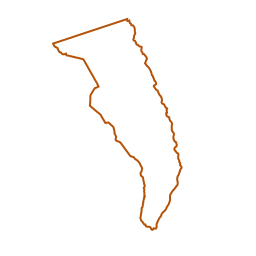 the district of Buriticupu, Maranhão, Brazil, rotated 161°
{"feature_id": "56859067B77921230498574", "entity_name": "Buriticupu", "entity_type": "district", "adm_level": 2, "iso_a3": "BRA", "parent_name": "Brazil", "parent_adm1": "Maranhão", "projection": "natural_earth1", "projection_center": [-46.359, -4.421], "detail": "fine", "context": "isolated", "style": "outline", "palette": "amber", "viewbox_px": 256, "rotation_deg": 161, "n_neighbors": 0, "source": "geoboundaries", "source_scale": "gbopen_adm2", "svg_char_len": 4635}
<svg xmlns="http://www.w3.org/2000/svg" viewBox="0 0 256 256"><g transform="rotate(161 128 128)"><path d="M134.5,23.8L133.9,24.2L133.5,24.7L133.0,25.1L132.9,25.9L132.7,26.8L132.2,27.8L131.5,28.6L130.5,29.8L129.8,30.6L128.6,31.7L128.1,32.2L127.5,32.7L127.0,33.1L126.3,33.4L125.7,33.9L125.1,34.5L124.7,35.1L123.3,36.4L121.5,37.3L120.7,37.5L120.0,37.9L119.4,38.4L118.8,38.6L118.0,39.4L117.6,40.0L117.0,40.6L116.1,41.3L115.5,41.8L114.5,42.5L114.0,43.2L113.4,43.8L113.0,44.5L112.2,45.3L111.4,46.9L111.1,47.8L111.0,48.6L110.6,49.5L110.2,50.4L109.8,51.1L109.2,51.6L108.5,52.2L107.3,53.2L106.5,53.8L105.5,54.5L104.7,54.8L103.8,55.4L103.2,55.8L101.9,56.7L101.2,57.3L100.0,57.8L99.5,58.6L99.0,59.4L98.7,60.3L98.6,61.1L98.4,62.0L98.3,63.3L97.8,64.5L96.9,66.0L96.5,66.4L95.9,66.8L95.3,67.4L94.5,68.4L93.4,69.8L92.9,70.4L92.6,71.0L92.0,71.7L90.6,72.6L90.1,73.6L90.3,74.7L90.8,75.7L90.6,76.7L90.1,77.4L90.2,78.1L90.6,78.9L90.1,80.3L90.5,82.5L90.2,83.7L89.8,84.8L89.3,85.5L89.0,86.2L89.0,87.1L89.2,88.0L89.9,88.6L90.3,89.9L91.0,91.7L91.2,92.6L90.9,93.4L90.1,94.0L89.5,94.5L88.7,94.6L88.2,94.9L87.8,95.4L87.3,96.2L87.4,97.4L87.2,98.4L87.4,99.4L88.2,100.1L88.4,100.9L88.4,102.2L88.4,103.2L88.3,104.0L87.9,105.1L86.9,106.5L86.4,107.5L86.4,108.3L86.7,109.0L87.0,110.0L87.2,110.6L87.3,111.7L87.0,112.5L86.5,114.3L86.0,115.5L85.7,116.4L85.1,117.1L84.9,117.9L85.0,119.1L85.3,119.9L85.7,121.1L85.9,122.2L85.9,123.3L85.6,124.3L85.8,125.1L87.0,126.0L87.5,127.1L87.2,129.5L86.1,129.7L85.7,132.5L84.7,133.3L84.8,134.1L85.2,134.5L85.7,135.0L86.2,138.6L87.0,139.3L87.6,139.9L87.9,140.6L87.9,141.5L87.3,142.3L86.6,143.6L86.6,144.8L86.4,145.7L86.6,146.5L86.7,147.6L87.1,148.2L87.4,148.8L87.6,150.5L87.7,151.2L87.8,152.1L87.7,153.2L87.9,153.9L89.1,155.3L89.3,156.5L89.7,157.5L89.9,158.4L90.0,159.2L89.6,159.7L88.2,159.9L87.3,160.3L86.9,161.2L86.8,162.2L87.0,162.9L87.2,163.6L87.6,164.6L87.6,165.7L87.5,166.5L87.7,167.4L87.8,168.1L87.6,168.8L87.8,169.6L88.2,170.2L88.0,171.7L88.0,173.0L87.9,173.8L88.0,174.9L88.1,175.9L88.5,177.2L88.8,178.5L89.5,180.1L90.1,180.9L90.2,181.8L90.4,182.7L90.9,183.5L89.6,185.0L89.2,185.6L88.8,186.1L87.8,186.9L87.5,187.7L87.5,188.5L87.8,189.6L88.0,190.6L88.4,191.3L88.7,192.4L89.2,193.0L89.8,193.1L89.9,195.1L90.1,195.7L90.3,196.5L90.1,197.5L89.4,198.6L88.9,199.5L88.8,200.3L89.6,200.9L90.5,201.4L91.0,202.0L91.6,203.5L92.5,203.9L92.8,204.6L92.8,205.3L92.7,206.2L92.7,206.9L93.0,208.0L94.1,209.0L94.1,210.1L92.8,211.7L92.3,213.0L91.9,213.6L91.2,214.2L90.6,214.7L90.2,215.5L90.3,216.6L89.7,218.1L89.3,220.0L89.2,221.2L89.7,222.8L90.0,223.5L90.8,223.7L91.4,224.2L91.2,225.2L91.4,225.9L92.0,226.6L92.0,227.7L91.8,229.2L92.8,229.1L93.8,229.5L93.6,230.6L93.3,231.3L140.5,231.9L171.3,232.2L171.3,231.2L170.8,228.8L170.1,228.5L169.9,227.8L169.1,227.0L168.6,226.6L168.5,224.4L168.2,222.4L167.7,221.8L166.9,221.4L166.5,220.1L165.9,219.2L165.1,218.7L163.5,218.4L162.5,218.5L162.6,217.5L162.5,216.8L160.6,215.7L158.4,214.3L156.4,213.0L154.7,211.9L151.9,210.2L149.6,208.7L147.8,207.4L146.4,200.0L146.0,197.7L145.8,196.8L145.7,195.9L145.5,195.1L145.2,193.4L143.9,186.8L143.8,186.1L143.7,185.1L143.3,183.1L142.7,180.1L142.4,176.8L143.5,176.6L146.6,176.4L151.8,172.1L152.9,171.0L153.8,168.9L154.2,167.3L155.1,165.5L155.7,163.8L156.8,161.5L155.5,159.2L155.1,158.5L154.7,157.9L154.1,156.9L153.5,155.8L150.6,151.2L149.7,149.7L149.4,148.6L149.2,147.0L147.7,140.1L144.7,139.6L141.5,133.7L141.6,132.8L141.9,129.1L142.1,128.2L142.5,127.7L142.4,126.7L142.2,125.1L142.1,123.5L142.5,122.7L143.1,122.1L143.4,121.3L143.5,120.5L143.1,119.8L142.7,119.2L141.2,118.2L139.8,116.5L139.0,113.8L138.7,113.0L138.3,111.7L137.6,109.2L136.8,106.9L135.3,101.8L134.8,100.5L134.0,100.0L133.5,99.5L133.0,99.2L132.3,98.8L131.8,97.9L131.5,96.7L131.1,95.9L130.4,95.3L129.5,93.8L129.0,92.3L128.5,91.6L128.5,90.8L128.3,89.3L128.0,87.1L127.8,86.4L127.8,85.1L128.4,84.2L128.8,83.4L129.2,82.7L130.6,81.5L131.1,80.6L131.1,79.7L131.2,78.7L130.8,77.9L130.2,77.1L130.0,76.3L130.1,75.5L130.5,73.3L130.6,72.1L130.7,71.3L131.0,69.3L130.8,68.4L131.3,67.2L132.1,66.7L132.6,66.2L132.7,65.4L132.5,64.6L133.0,63.7L133.4,63.0L133.5,61.5L134.1,60.2L134.4,59.1L134.3,58.3L134.4,57.6L135.4,57.3L135.7,56.1L136.4,55.3L136.8,54.6L137.3,53.9L137.7,53.1L137.8,52.3L138.7,51.4L139.0,50.3L139.8,49.1L140.2,48.3L141.3,47.7L141.6,46.7L141.8,45.9L142.3,45.3L142.6,44.2L143.3,43.2L144.4,41.0L145.4,39.2L145.7,38.2L145.6,37.0L145.7,36.3L145.4,35.5L145.0,34.9L144.7,34.1L144.6,33.3L144.4,32.6L143.9,31.4L143.0,31.1L143.1,30.3L143.0,29.2L141.7,28.3L140.0,27.6L139.1,26.8L139.0,25.7L139.0,24.8L138.7,24.2L138.2,23.8L137.4,23.9L136.5,24.8L135.5,24.2L134.5,23.8Z" fill="none" stroke="#b45309" stroke-width="2"/></g></svg>